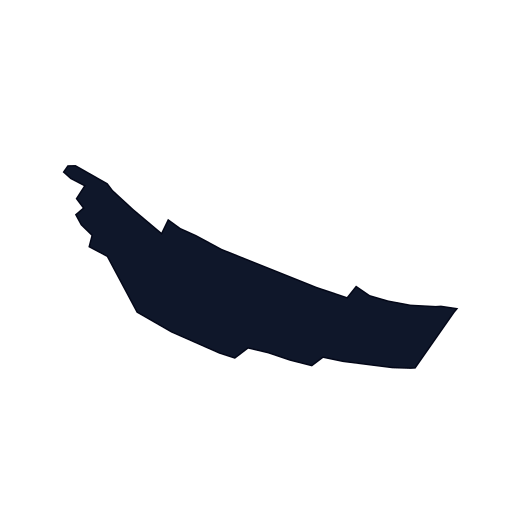 outline of Juniata, Pennsylvania, United States of America, rotated 233°
{"feature_id": "52423323B41767417626536", "entity_name": "Juniata", "entity_type": "district", "adm_level": 2, "iso_a3": "USA", "parent_name": "United States of America", "parent_adm1": "Pennsylvania", "projection": "albers", "projection_center": [-77.347, 40.479], "detail": "fine", "context": "isolated", "style": "filled", "palette": "ink", "viewbox_px": 512, "rotation_deg": 233, "n_neighbors": 0, "source": "geoboundaries", "source_scale": "gbopen_adm2", "svg_char_len": 694}
<svg xmlns="http://www.w3.org/2000/svg" viewBox="0 0 512 512"><g transform="rotate(233 256 256)"><path d="M282.7,127.3L246.2,142.9L200.4,168.5L187.3,177.7L187.4,194.3L171.4,207.6L152.5,220.5L134.9,234.6L134.9,248.6L119.5,262.1L84.8,297.8L73.4,312.0L70.9,315.7L91.9,380.1L93.0,384.7L104.5,373.4L107.4,369.0L123.7,349.6L140.6,334.2L156.0,322.7L171.3,317.6L167.7,303.6L194.4,285.3L282.0,232.3L308.4,220.2L323.5,211.9L337.6,207.6L330.6,194.0L366.8,185.7L394.7,180.6L403.2,180.6L436.7,166.1L441.1,160.0L438.8,152.9L429.3,154.8L415.1,161.6L409.8,147.2L398.0,147.2L397.4,137.0L386.1,135.3L371.1,137.6L363.8,128.4L345.2,137.1L282.7,127.3Z" fill="#0f172a" stroke="#020617" stroke-width="1.5"/></g></svg>